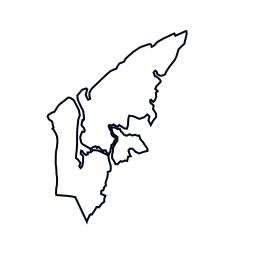 Sitka, Alaska, United States of America (Natural Earth projection), rotated 246°
{"feature_id": "52423323B81884314913913", "entity_name": "Sitka", "entity_type": "district", "adm_level": 2, "iso_a3": "USA", "parent_name": "United States of America", "parent_adm1": "Alaska", "projection": "natural_earth1", "projection_center": [-135.379, 57.084], "detail": "fine", "context": "isolated", "style": "outline", "palette": "ink", "viewbox_px": 256, "rotation_deg": 246, "n_neighbors": 0, "source": "geoboundaries", "source_scale": "gbopen_adm2", "svg_char_len": 3874}
<svg xmlns="http://www.w3.org/2000/svg" viewBox="0 0 256 256"><g transform="rotate(246 128 128)"><path d="M195.5,208.8L195.5,205.5L195.3,196.4L194.6,189.7L193.8,187.7L193.5,187.4L193.1,186.5L192.6,184.4L192.5,182.7L195.0,182.9L195.4,182.7L196.0,181.4L196.8,172.9L196.5,170.0L195.4,163.7L193.0,156.0L192.2,153.9L190.2,151.3L190.4,146.3L188.6,143.4L186.9,141.4L187.1,139.5L187.1,135.2L185.7,130.4L178.8,111.1L177.8,109.5L175.9,107.1L172.5,105.6L170.6,105.6L170.1,105.3L170.0,105.0L170.0,103.5L170.2,103.0L172.6,102.8L175.5,102.9L179.3,105.9L179.8,106.5L181.1,106.0L181.6,101.7L178.2,94.9L174.8,93.8L172.2,93.6L164.3,93.8L163.3,94.0L161.3,93.9L155.0,91.9L153.9,91.3L153.2,90.4L153.8,89.7L150.0,86.9L148.6,86.8L147.1,87.4L145.6,87.7L143.1,87.4L142.2,86.3L143.3,84.9L143.3,84.7L141.1,82.4L139.2,80.7L138.5,80.4L133.6,79.3L131.7,80.0L127.9,82.6L125.2,84.8L123.4,84.9L124.7,87.7L124.6,90.8L124.1,91.2L122.8,91.2L122.7,91.3L122.4,91.5L122.4,91.8L122.4,92.0L122.5,92.1L122.9,92.1L123.0,93.2L121.7,94.1L120.5,94.2L119.1,94.8L117.4,95.9L116.8,95.9L116.8,96.4L117.3,97.0L117.2,97.5L117.0,97.9L116.3,98.7L114.7,98.5L112.5,99.1L111.9,99.6L111.9,100.1L112.8,100.9L113.5,102.2L116.4,103.9L116.5,104.4L116.9,104.8L119.2,105.9L119.3,106.5L119.1,106.9L119.2,107.4L121.8,110.5L122.4,111.6L122.4,111.8L123.1,112.7L126.3,111.3L127.0,110.6L129.0,110.3L129.6,110.4L131.2,111.2L132.8,111.3L133.9,110.8L134.6,110.8L137.7,111.1L138.3,111.6L138.1,112.6L137.3,113.2L136.8,115.4L137.2,116.2L135.1,117.5L133.3,119.3L134.3,121.2L129.0,124.6L127.8,126.7L130.5,129.1L136.4,132.1L138.7,134.1L136.8,137.4L131.7,142.1L131.3,147.4L132.5,151.2L129.8,152.3L126.7,149.8L121.4,150.0L124.4,153.8L126.7,158.3L129.8,159.4L135.2,158.6L138.0,160.6L142.1,158.7L144.4,159.7L144.4,160.7L143.2,160.9L141.5,161.7L141.6,162.2L142.5,163.9L144.9,166.4L148.9,167.8L149.6,170.1L152.7,168.8L154.9,171.4L154.8,171.8L156.9,176.4L157.2,176.9L158.4,176.9L159.4,176.7L161.4,175.9L163.7,174.7L164.2,173.8L166.7,173.7L168.2,173.9L168.9,175.2L169.2,176.4L167.7,177.1L166.8,177.0L166.2,176.5L164.5,177.3L163.0,178.4L162.1,179.7L161.8,182.6L162.0,183.9L162.3,184.0L164.7,186.9L167.3,191.1L170.9,198.0L173.3,201.0L179.3,206.2L180.5,209.2L182.0,213.7L190.0,219.8L192.4,220.7L192.9,220.6L193.0,220.3L193.0,208.8L195.5,208.8ZM59.2,52.3L59.7,52.7L64.0,57.6L64.4,58.5L63.6,59.7L66.2,63.9L68.6,67.2L67.3,69.3L69.5,73.1L70.2,76.2L73.2,77.7L75.4,79.8L78.7,76.6L81.4,78.0L81.2,80.2L83.8,82.4L84.4,84.4L87.0,85.1L90.7,88.5L92.5,89.9L96.1,91.7L95.8,94.0L96.5,95.0L100.3,96.8L106.2,97.5L110.0,98.5L110.7,99.1L114.1,96.3L119.6,91.5L122.0,87.2L120.9,84.1L122.1,81.0L120.3,80.5L120.4,78.8L121.7,77.7L122.7,77.4L125.1,76.8L125.7,76.8L126.4,76.1L125.2,75.1L123.6,74.3L121.7,75.2L120.0,75.4L114.7,72.8L111.8,70.7L111.3,69.8L110.7,68.4L112.8,67.9L115.5,70.4L119.9,69.3L121.7,68.2L126.1,70.6L129.2,72.5L135.7,75.7L140.9,78.0L147.4,81.1L155.9,86.0L158.8,88.8L159.3,89.2L159.8,89.3L164.4,90.4L174.0,89.9L176.2,89.4L179.1,87.5L180.1,85.8L177.6,75.8L176.7,73.3L172.7,67.4L173.0,65.0L172.5,61.4L171.8,59.7L171.0,59.2L168.0,59.3L165.4,61.0L164.4,61.3L161.3,60.5L158.6,60.1L157.9,58.7L156.8,59.3L152.5,59.8L149.3,59.7L144.8,58.3L138.9,55.0L136.7,53.3L133.0,51.2L125.0,47.5L118.8,45.5L115.7,44.2L110.5,42.6L104.5,39.7L102.4,38.1L97.7,35.7L95.9,35.3L89.8,46.5L86.3,51.7L59.2,52.3ZM99.6,111.9L98.2,113.8L101.8,116.5L101.1,119.0L104.4,118.9L107.3,119.3L108.4,121.4L107.2,123.7L103.2,125.2L100.2,127.8L99.9,132.0L99.2,136.7L101.6,137.3L105.8,136.4L108.8,136.0L113.1,134.7L116.5,135.2L117.0,133.6L119.0,131.6L119.3,129.0L121.6,126.9L121.5,123.5L124.0,121.3L125.8,121.1L127.8,120.2L130.7,120.1L131.0,118.4L134.1,115.7L135.2,112.9L132.4,112.4L128.9,112.1L126.2,113.5L124.0,114.7L120.6,113.0L119.8,111.5L116.4,106.7L111.7,104.0L110.5,102.8L106.8,101.2L103.6,101.8L99.9,102.0L99.2,103.8L100.7,107.7L99.5,109.2L99.6,111.9Z" fill="none" stroke="#020617" stroke-width="2"/></g></svg>